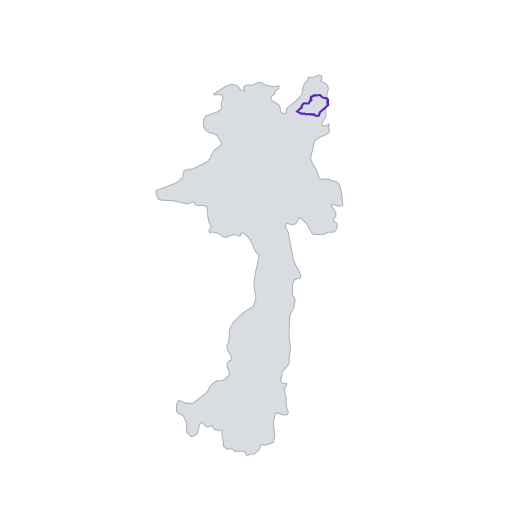 Phongsaly, Phôngsali, Laos (highlighted), rotated 46°
{"feature_id": "54806243B21239526980805", "entity_name": "Phongsaly", "entity_type": "district", "adm_level": 2, "iso_a3": "LAO", "parent_name": "Laos", "parent_adm1": "Phôngsali", "projection": "orthographic", "projection_center": [102.201, 21.831], "detail": "fine", "context": "in_parent", "style": "outline", "palette": "violet", "viewbox_px": 512, "rotation_deg": 46, "n_neighbors": 0, "source": "geoboundaries", "source_scale": "gbopen_adm2", "svg_char_len": 7165}
<svg xmlns="http://www.w3.org/2000/svg" viewBox="0 0 512 512"><g transform="rotate(46 256 256)"><path d="M186.5,88.5L188.6,92.4L198.3,102.8L200.0,105.6L203.6,107.7L206.6,117.0L207.9,117.5L209.5,116.9L210.7,115.6L211.7,112.0L212.4,111.6L213.5,114.6L216.2,115.4L217.4,116.7L217.8,119.0L217.4,121.2L215.1,126.5L213.8,133.6L223.4,148.7L227.5,150.7L237.1,153.1L243.6,156.4L246.6,155.6L249.4,151.8L252.9,149.7L259.3,146.3L261.1,146.2L264.7,147.4L270.6,151.1L279.5,158.0L279.2,159.9L277.7,161.7L273.0,164.6L271.5,166.4L272.4,167.1L276.4,167.5L281.0,169.0L282.5,170.8L283.3,175.0L284.2,175.8L288.5,175.3L289.8,175.8L291.4,177.1L293.0,180.6L293.0,183.2L288.8,187.9L288.3,190.7L286.1,194.0L280.3,199.6L278.7,200.0L267.8,197.1L259.1,197.6L258.4,198.8L259.9,202.1L260.3,205.4L259.0,207.9L254.0,211.2L253.9,212.7L254.9,214.1L262.2,217.0L285.7,232.5L296.3,235.4L301.0,237.3L302.2,238.4L302.2,239.8L301.0,241.6L300.1,244.7L300.1,246.5L301.2,248.3L303.1,251.0L309.7,256.9L314.6,258.2L319.7,265.0L321.3,271.0L323.8,274.8L336.2,287.6L346.5,295.3L352.8,303.8L355.7,305.7L356.7,308.8L357.7,317.9L361.3,322.3L362.1,324.1L363.7,325.4L365.4,325.7L368.9,322.6L369.6,323.0L371.4,327.7L372.9,329.4L378.3,332.2L384.2,337.8L387.3,339.8L391.2,341.4L391.8,343.2L391.1,345.0L390.0,346.3L383.4,349.9L382.5,351.3L387.1,358.6L398.4,367.4L402.0,372.7L401.3,375.4L398.4,380.8L396.1,382.3L395.5,384.0L397.4,388.3L397.3,395.0L395.2,396.7L393.4,400.9L392.0,401.2L388.6,399.8L381.6,407.1L378.5,406.9L374.9,410.9L370.3,411.6L367.1,408.7L360.2,404.2L357.7,401.4L355.6,403.9L352.0,406.5L347.0,405.7L345.7,409.3L344.7,410.0L338.5,410.7L337.4,411.3L338.4,414.5L342.2,419.9L343.3,423.0L341.1,428.2L334.8,428.2L331.9,426.2L328.2,421.9L320.0,419.2L314.6,421.3L312.9,421.3L308.8,417.7L307.2,415.4L306.2,411.9L312.4,408.9L315.5,406.7L317.6,404.3L318.4,401.8L319.3,391.6L320.1,388.0L319.5,383.7L317.8,380.2L317.7,375.1L318.5,370.8L320.9,368.7L322.5,365.6L323.3,358.8L322.6,357.1L320.2,355.5L316.3,354.0L313.8,352.1L312.8,349.7L312.8,347.5L314.0,345.7L311.0,343.7L303.9,341.6L299.9,339.0L299.1,335.9L296.1,331.8L290.9,326.8L288.2,319.6L287.8,310.0L288.3,302.2L290.4,293.2L287.3,286.7L284.0,283.3L279.5,280.9L275.2,277.3L271.1,272.7L266.1,265.8L260.3,256.6L256.5,252.5L254.5,253.5L250.4,252.7L244.2,250.1L238.7,248.7L234.1,248.5L231.0,249.1L229.6,250.5L229.5,251.9L230.7,253.3L230.1,254.4L227.7,255.2L225.7,256.7L223.5,260.1L222.0,264.5L219.7,266.3L216.1,266.7L212.6,267.9L209.2,270.1L207.5,271.7L207.7,272.9L207.0,273.1L205.3,272.5L204.5,271.0L204.6,268.7L202.8,267.2L199.2,266.4L195.1,263.9L187.2,257.5L185.4,257.3L182.9,258.9L179.5,262.5L176.7,263.9L174.5,263.1L172.8,264.4L171.7,267.7L169.5,270.2L158.9,277.1L149.3,285.9L146.9,286.7L141.2,284.1L139.4,282.4L147.4,264.3L148.6,259.9L148.4,254.0L145.1,249.2L144.9,247.7L145.5,246.3L149.5,240.7L154.2,226.2L154.0,221.6L152.0,216.7L150.9,212.0L151.8,205.5L151.5,203.0L149.3,201.8L142.2,200.4L138.0,201.5L136.1,203.2L133.6,204.3L129.1,204.8L124.9,202.6L121.3,198.9L120.5,194.3L125.1,184.7L126.2,180.9L126.1,179.2L125.3,177.3L124.3,177.1L122.0,174.7L119.9,170.7L117.8,168.8L115.8,169.1L114.0,170.6L111.0,174.4L110.0,173.9L112.8,160.5L115.3,154.8L118.3,152.2L121.4,151.1L124.6,151.6L127.3,151.1L129.5,149.8L129.4,149.0L126.8,148.7L125.8,147.2L126.3,144.4L127.5,142.5L129.3,141.7L131.0,138.8L132.7,133.9L134.8,131.5L137.1,131.4L141.2,129.4L147.0,125.3L149.3,121.3L151.4,123.1L150.6,127.8L151.7,128.7L152.3,130.4L151.9,133.0L152.4,135.2L153.3,136.3L154.5,136.8L160.7,135.0L164.4,134.8L170.5,138.3L174.1,135.8L174.2,134.8L171.2,131.6L172.2,119.8L171.8,110.9L166.8,104.3L165.8,101.6L165.3,97.3L163.9,93.6L167.5,90.6L169.4,85.1L172.0,83.8L172.8,84.0L175.8,88.1L179.7,86.1L182.7,86.1L185.2,87.2L186.5,88.5Z" fill="#d9dde1" stroke="#a8b0b8" stroke-width="1"/><path d="M180.6,126.1L180.8,126.1L181.6,125.8L181.8,125.8L182.4,125.5L182.9,125.3L183.3,125.2L183.6,125.1L184.5,124.7L184.9,124.6L185.1,124.5L185.1,124.4L185.1,124.2L185.3,124.1L185.5,124.1L185.5,123.9L185.8,123.7L186.0,123.7L186.2,123.4L186.3,123.4L186.4,123.2L186.5,123.1L186.7,122.7L186.8,122.7L187.0,122.4L187.2,122.2L187.3,122.1L187.5,122.1L187.8,122.0L188.0,122.0L188.3,122.0L188.4,121.9L188.6,121.7L188.8,121.6L188.9,121.4L189.0,121.3L189.1,121.2L189.3,120.9L189.5,120.8L189.5,120.7L189.9,120.1L190.0,120.1L190.2,119.9L190.3,119.7L190.5,119.4L190.8,119.4L191.0,119.4L191.3,119.1L191.4,118.9L191.5,118.9L192.0,118.7L192.2,118.3L192.3,118.2L192.5,118.0L192.6,117.9L192.5,117.6L192.7,117.4L193.2,117.2L193.3,117.2L193.6,117.1L193.7,116.8L193.8,116.7L193.8,116.3L193.9,116.2L194.1,116.0L194.2,115.9L194.3,115.8L194.5,115.9L194.6,116.0L194.7,115.9L194.8,116.0L195.0,116.1L195.4,116.0L196.0,115.8L196.4,115.6L196.6,115.6L197.1,115.2L197.6,114.8L198.0,114.5L198.1,114.3L198.2,114.1L198.4,113.8L198.5,113.6L198.5,113.4L198.6,113.2L198.6,112.9L198.6,112.6L198.4,112.4L198.2,112.2L197.9,111.8L197.8,111.5L197.4,111.0L197.1,110.6L197.0,110.0L197.0,109.5L197.0,109.1L197.1,108.2L197.1,107.3L197.2,106.8L197.2,106.6L197.2,105.7L197.3,105.5L197.4,105.2L197.4,104.4L197.4,104.1L197.4,103.8L197.4,103.6L197.4,103.0L197.4,102.1L197.4,101.7L197.5,101.4L197.5,101.1L197.5,100.8L197.5,100.4L197.5,100.1L197.6,99.9L197.7,99.7L197.7,99.4L197.7,99.2L197.4,99.1L197.2,98.9L197.0,98.7L196.9,98.8L196.5,98.7L196.4,98.8L196.3,98.7L196.1,98.6L196.2,98.4L196.2,98.2L196.1,97.9L195.9,97.7L195.7,97.6L195.5,97.4L195.4,97.3L195.3,97.2L195.2,97.1L194.8,97.3L194.7,97.3L194.6,97.2L194.4,97.2L194.3,96.9L194.3,96.7L194.3,96.3L194.2,96.2L193.9,95.8L193.8,95.7L193.7,95.6L193.3,95.5L193.2,95.7L192.9,95.6L192.7,95.6L192.4,95.5L192.2,95.6L192.2,95.4L191.9,95.4L191.7,95.5L191.5,95.8L191.3,96.0L191.2,96.2L190.9,96.3L190.7,96.5L190.3,96.7L190.1,96.9L189.8,97.0L189.3,97.4L189.2,97.5L188.8,97.7L188.3,97.9L187.4,98.1L187.1,98.1L186.8,98.1L186.6,98.1L186.2,98.1L185.9,98.0L185.4,98.0L185.1,98.1L184.5,98.2L184.3,98.3L184.2,98.5L184.0,98.9L183.8,99.3L183.6,99.5L183.4,99.7L183.2,99.9L183.1,100.2L182.9,100.5L182.7,100.8L182.4,101.2L182.3,101.4L182.2,101.5L181.9,101.7L181.6,101.7L181.6,101.8L181.4,101.8L181.3,102.0L181.2,102.2L181.1,102.3L180.8,102.3L180.7,102.5L180.6,103.0L180.5,103.5L180.8,104.0L180.6,104.2L180.3,104.3L180.3,104.5L180.3,105.0L180.2,105.3L180.0,105.5L179.8,105.6L179.8,105.9L179.7,105.9L179.7,106.1L180.1,106.6L180.3,106.7L180.4,106.9L180.6,107.1L180.7,107.3L180.8,107.4L181.2,107.4L181.4,107.3L181.6,107.5L181.8,107.5L182.0,107.5L182.3,107.6L182.3,107.8L182.2,107.9L182.2,108.1L182.2,108.3L182.3,108.6L182.2,108.7L182.2,108.9L182.2,109.0L181.9,109.2L181.8,109.3L181.7,109.3L181.7,109.5L181.8,109.6L182.0,109.7L182.0,109.9L182.0,110.0L182.5,110.5L182.8,111.7L182.8,112.2L182.7,112.4L182.3,112.8L182.0,113.1L181.1,114.0L180.5,114.4L179.8,114.9L179.7,115.0L179.6,115.4L179.5,115.5L179.6,115.8L179.3,116.3L179.4,116.7L179.5,116.9L179.5,117.0L179.4,117.2L179.4,117.7L179.5,117.9L179.8,118.3L180.0,119.0L180.0,119.3L180.3,119.4L180.5,119.4L180.6,119.5L180.6,119.8L180.8,119.9L181.0,119.8L180.9,119.8L180.8,120.0L181.0,120.1L181.1,120.3L181.1,120.7L181.0,121.0L180.8,121.4L180.7,121.6L180.7,121.8L180.6,122.4L180.6,122.7L180.6,123.8L180.7,124.6L180.7,125.2L180.7,125.8L180.6,126.1Z" fill="none" stroke="#5b21b6" stroke-width="2"/></g></svg>